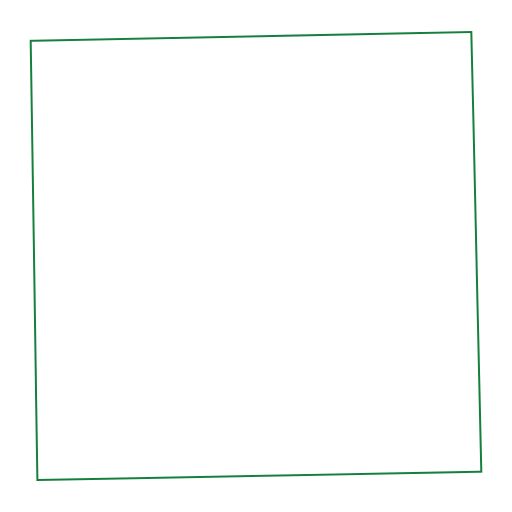 outline of Limay Mahuida, La Pampa, Argentina
{"feature_id": "61730980B5115619218657", "entity_name": "Limay Mahuida", "entity_type": "district", "adm_level": 2, "iso_a3": "ARG", "parent_name": "Argentina", "parent_adm1": "La Pampa", "projection": "natural_earth1", "projection_center": [-66.628, -37.241], "detail": "fine", "context": "isolated", "style": "outline", "palette": "green", "viewbox_px": 512, "rotation_deg": 0, "n_neighbors": 0, "source": "geoboundaries", "source_scale": "gbopen_adm2", "svg_char_len": 352}
<svg xmlns="http://www.w3.org/2000/svg" viewBox="0 0 512 512"><path d="M37.4,480.0L131.6,478.3L262.3,475.8L285.8,475.4L481.3,471.7L478.6,352.8L477.3,295.8L474.6,173.7L473.4,119.8L471.3,32.0L395.6,33.5L36.9,40.7L30.7,40.8L30.7,41.5L32.6,163.7L33.9,248.4L34.7,302.4L35.8,376.0L36.0,392.9L37.4,480.0Z" fill="none" stroke="#15803d" stroke-width="2"/></svg>